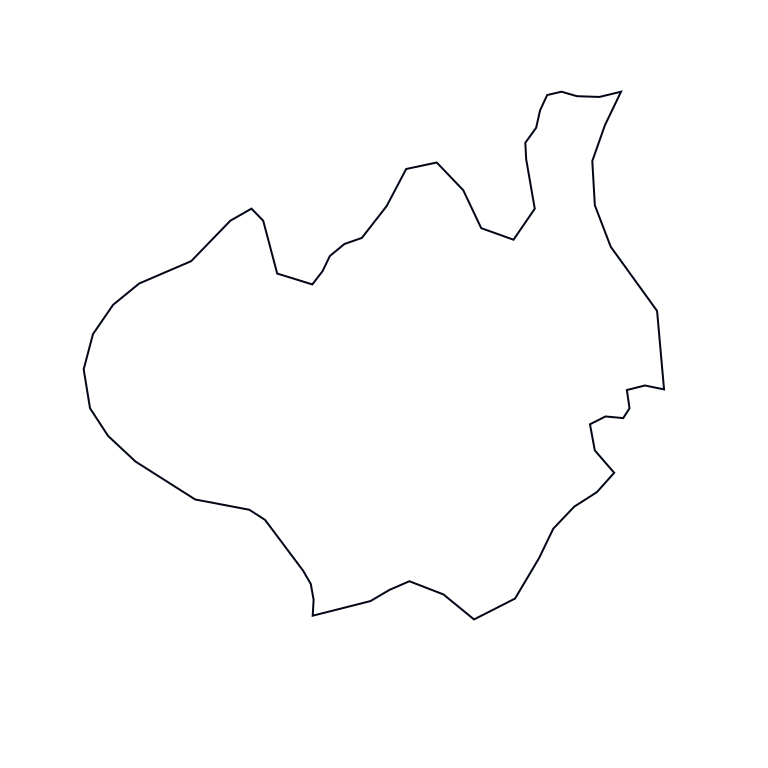 SVG path tracing the border of Cəlilabad, rotated 348°
{"feature_id": "AZE-1700", "entity_name": "Cəlilabad", "entity_type": "District", "adm_level": 1, "iso_a3": "AZE", "parent_name": "Azerbaijan", "parent_adm1": "", "projection": "albers", "projection_center": [48.489, 39.203], "detail": "fine", "context": "isolated", "style": "outline", "palette": "ink", "viewbox_px": 768, "rotation_deg": 348, "n_neighbors": 0, "source": "natural_earth", "source_scale": "10m", "svg_char_len": 944}
<svg xmlns="http://www.w3.org/2000/svg" viewBox="0 0 768 768"><g transform="rotate(348 384 384)"><path d="M266.1,595.8L270.3,580.4L270.8,564.4L266.1,549.9L239.4,492.2L226.1,479.0L175.3,457.7L124.8,408.2L103.3,377.4L91.4,346.6L93.3,307.2L109.7,274.7L135.5,250.2L165.4,234.8L221.0,223.7L267.7,192.3L290.8,184.9L299.8,199.2L302.5,253.8L334.6,271.7L347.4,260.8L357.7,247.5L374.4,238.8L392.7,236.5L423.6,210.5L450.4,178.3L481.6,178.3L501.8,210.9L511.5,251.8L540.7,269.8L567.9,243.9L569.8,193.7L572.4,177.4L586.1,165.0L593.6,148.7L603.7,135.3L618.4,135.0L632.6,142.6L654.3,148.0L676.6,147.4L653.9,176.8L634.1,209.2L627.4,253.0L634.3,296.9L666.3,369.3L656.8,447.5L638.9,439.7L620.3,440.4L619.1,458.8L610.9,467.1L593.9,461.8L577.1,466.2L576.4,492.8L590.7,518.7L569.8,534.0L544.6,543.5L519.5,560.7L499.6,586.4L467.6,621.1L423.1,633.0L398.4,602.2L367.8,582.2L346.6,586.5L325.7,593.5L266.1,595.8Z" fill="none" stroke="#020617" stroke-width="2"/></g></svg>